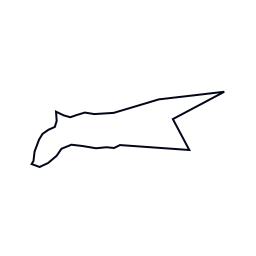 an SVG outline of Buikwe, rotated 242°
{"feature_id": "UGA-5597", "entity_name": "Buikwe", "entity_type": "District", "adm_level": 1, "iso_a3": "UGA", "parent_name": "Uganda", "parent_adm1": "", "projection": "equal_earth", "projection_center": [33.033, 0.062], "detail": "fine", "context": "isolated", "style": "outline", "palette": "ink", "viewbox_px": 256, "rotation_deg": 242, "n_neighbors": 0, "source": "natural_earth", "source_scale": "10m", "svg_char_len": 516}
<svg xmlns="http://www.w3.org/2000/svg" viewBox="0 0 256 256"><g transform="rotate(242 128 128)"><path d="M141.4,26.0L143.3,29.1L151.0,34.4L159.5,44.0L162.9,49.7L163.8,56.9L163.3,63.9L167.8,68.4L176.2,72.1L169.3,77.2L164.6,82.1L163.5,89.0L161.9,97.1L156.1,104.8L148.1,122.4L138.8,168.7L114.8,230.0L114.8,171.8L79.8,171.8L104.1,133.0L116.7,112.9L116.9,106.3L121.1,100.0L125.1,90.3L133.5,79.3L139.8,70.2L140.9,59.5L137.0,52.0L134.6,41.0L135.1,31.6L141.4,26.0Z" fill="none" stroke="#020617" stroke-width="2"/></g></svg>